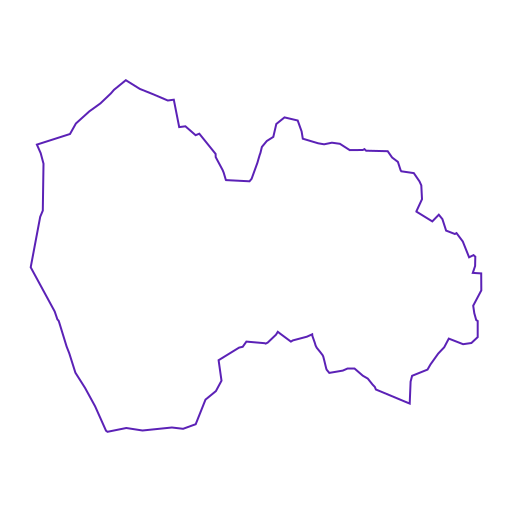 the district of Gboko, Benue, Nigeria
{"feature_id": "59680162B69095881694103", "entity_name": "Gboko", "entity_type": "district", "adm_level": 2, "iso_a3": "NGA", "parent_name": "Nigeria", "parent_adm1": "Benue", "projection": "robinson", "projection_center": [8.956, 7.369], "detail": "fine", "context": "isolated", "style": "outline", "palette": "violet", "viewbox_px": 512, "rotation_deg": 0, "n_neighbors": 0, "source": "geoboundaries", "source_scale": "gbopen_adm2", "svg_char_len": 1843}
<svg xmlns="http://www.w3.org/2000/svg" viewBox="0 0 512 512"><path d="M409.7,403.6L410.6,381.6L412.1,375.8L427.5,369.6L430.5,364.4L438.2,353.6L441.8,349.8L444.2,347.3L448.8,338.6L463.1,344.2L471.4,343.0L477.7,337.1L477.7,321.0L476.2,320.0L474.3,313.2L473.2,305.7L481.3,290.4L481.2,273.4L472.8,272.9L475.1,266.0L475.3,256.7L473.5,255.1L469.1,257.3L462.8,241.5L456.5,233.1L454.9,234.0L446.1,230.6L442.4,219.1L438.8,214.7L432.3,221.4L416.4,211.6L416.4,211.3L422.0,199.2L421.3,185.4L419.5,181.4L413.8,173.1L401.3,171.3L400.6,170.2L397.9,161.9L392.1,157.5L387.7,151.2L366.1,150.7L364.4,149.1L362.8,150.0L349.7,150.1L339.9,143.8L331.9,142.7L324.1,144.3L318.2,143.3L302.8,138.7L301.6,131.4L297.7,120.5L284.5,117.4L276.3,124.0L273.3,136.9L266.8,141.0L261.9,146.9L260.4,153.0L259.7,154.9L258.4,159.3L257.4,162.8L251.6,178.8L249.5,181.3L226.0,180.1L225.8,179.8L223.7,172.7L222.6,170.0L215.7,157.1L215.6,153.9L199.3,133.7L195.6,135.2L185.4,126.3L179.2,127.1L173.8,99.7L167.8,100.5L152.5,94.0L139.8,88.9L125.8,80.2L114.0,89.8L110.9,93.4L100.4,103.4L89.4,111.3L75.9,123.5L70.0,134.0L36.9,144.6L40.7,153.2L43.5,163.7L42.8,210.6L40.2,216.8L30.7,267.3L54.7,311.5L57.4,319.4L58.6,320.7L59.2,322.4L66.6,346.5L69.3,353.4L75.4,372.7L85.1,388.0L95.1,406.3L106.0,430.7L107.5,431.8L126.3,428.0L142.5,430.5L171.9,427.5L183.1,428.8L195.7,424.2L205.5,399.6L215.9,391.1L221.5,380.7L218.6,360.2L239.1,347.6L242.7,346.8L246.4,341.6L264.7,343.2L265.7,343.6L267.7,342.6L276.0,334.7L277.8,331.8L280.5,333.9L290.9,341.6L292.9,340.4L306.9,336.7L312.2,334.3L312.4,336.0L314.8,342.8L315.6,345.5L316.7,347.7L320.1,351.9L322.7,355.3L323.3,356.7L324.3,360.6L325.8,366.8L326.2,368.4L326.6,369.6L327.4,370.6L329.3,372.9L342.8,370.6L347.6,368.5L354.5,368.5L362.8,375.7L367.8,378.6L372.5,384.5L374.8,386.9L375.9,389.5L409.7,403.6Z" fill="none" stroke="#5b21b6" stroke-width="2"/></svg>